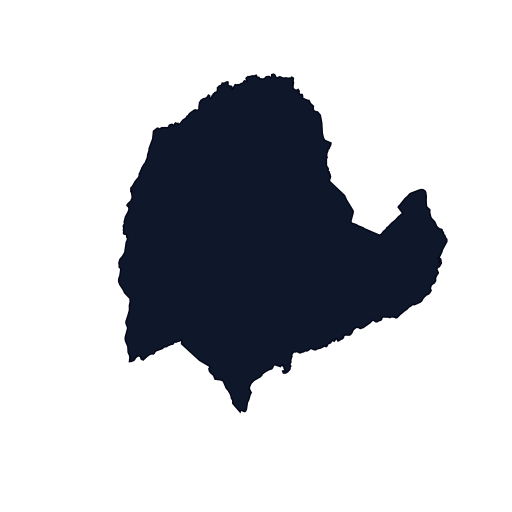 the district of Chiuta, Tete, Mozambique, rotated 39°
{"feature_id": "85939544B4853369515096", "entity_name": "Chiuta", "entity_type": "district", "adm_level": 2, "iso_a3": "MOZ", "parent_name": "Mozambique", "parent_adm1": "Tete", "projection": "equal_earth", "projection_center": [33.513, -15.51], "detail": "fine", "context": "isolated", "style": "filled", "palette": "ink", "viewbox_px": 512, "rotation_deg": 39, "n_neighbors": 0, "source": "geoboundaries", "source_scale": "gbopen_adm2", "svg_char_len": 6142}
<svg xmlns="http://www.w3.org/2000/svg" viewBox="0 0 512 512"><g transform="rotate(39 256 256)"><path d="M152.4,344.4L153.9,347.8L155.7,349.3L156.5,350.7L158.5,350.9L159.3,351.4L162.5,356.7L163.6,359.8L165.0,361.9L166.2,362.8L168.7,364.1L173.9,365.7L177.2,367.3L184.9,368.3L187.1,370.8L188.8,374.2L191.7,377.6L193.6,381.9L196.3,388.9L197.3,390.1L201.6,392.6L205.5,401.3L206.6,402.9L208.5,404.4L213.3,406.9L217.3,411.3L220.3,412.8L221.7,414.0L224.1,417.7L225.4,416.4L226.6,414.3L226.8,413.3L226.5,411.2L226.6,409.3L227.7,407.2L229.5,406.9L231.6,408.3L233.7,407.9L234.5,402.6L235.2,399.7L236.3,397.8L237.9,396.8L238.1,395.5L237.7,393.7L238.1,392.4L241.3,387.1L242.1,383.9L243.4,383.0L244.0,381.0L245.6,378.1L246.8,376.9L246.7,374.2L248.3,373.0L248.8,371.7L249.8,370.6L250.7,368.7L251.5,368.3L253.4,371.1L277.7,372.6L290.1,370.8L290.3,373.2L292.1,374.7L294.2,375.3L298.1,375.4L301.7,377.5L306.3,374.6L308.0,374.0L309.5,373.9L316.0,377.4L318.9,377.9L322.9,379.4L324.9,380.6L326.3,382.0L328.6,382.7L330.8,385.2L341.8,387.2L341.3,386.2L341.7,385.4L342.4,384.8L344.5,384.4L345.3,383.8L345.4,382.6L344.9,381.0L341.5,375.3L340.8,372.3L338.6,367.3L338.3,365.2L334.6,363.6L333.3,361.9L332.3,358.1L332.7,353.9L335.4,346.9L335.5,344.8L335.1,343.9L335.9,340.5L337.4,336.6L339.2,333.8L339.2,332.6L338.5,329.9L338.9,328.7L344.5,326.6L344.2,325.8L344.5,325.0L345.7,324.7L346.3,323.7L348.8,325.8L350.0,325.9L350.4,327.0L349.1,328.7L351.0,329.7L352.7,328.3L353.5,326.1L353.6,322.5L352.5,321.1L352.3,319.6L350.8,319.3L350.4,318.8L349.9,316.5L348.1,314.6L348.0,313.5L347.3,312.4L347.2,311.5L346.2,310.7L345.6,309.1L345.6,307.3L345.9,306.5L346.9,305.9L347.7,304.6L351.3,303.6L352.4,301.5L353.3,300.5L353.9,298.5L354.9,298.1L355.7,297.2L356.5,293.8L357.2,293.1L359.9,292.3L361.3,291.5L361.8,290.5L361.9,289.3L362.5,289.0L364.1,286.9L365.9,282.8L367.6,282.3L367.8,281.3L367.2,279.1L368.6,276.4L368.2,274.3L368.7,273.6L370.4,273.0L370.3,270.8L370.6,269.6L371.6,269.5L372.8,270.5L373.6,270.0L374.4,267.3L375.2,266.0L375.3,264.4L374.6,263.2L374.5,262.2L375.1,261.2L378.4,258.6L378.8,257.7L378.9,255.8L378.0,252.0L378.7,248.6L380.1,247.2L382.8,246.7L383.5,245.3L384.3,244.3L386.7,235.8L386.8,233.0L387.9,231.9L390.3,231.8L391.6,230.9L391.8,229.8L393.5,227.0L393.5,226.3L392.7,224.6L393.2,223.3L397.8,219.8L398.7,219.7L399.7,217.8L402.4,216.2L403.6,216.1L404.4,215.0L404.7,211.2L405.9,205.1L406.8,202.1L406.9,199.1L407.5,198.3L408.3,195.0L409.8,194.1L412.7,188.4L413.0,186.5L412.4,183.5L412.8,179.3L414.0,177.1L414.2,175.2L413.8,172.6L412.1,171.7L411.1,170.0L410.7,168.3L410.7,166.7L411.3,165.6L411.5,164.5L411.2,162.3L409.3,160.0L408.4,156.4L408.5,154.9L408.2,154.3L404.6,152.4L404.4,150.4L405.2,148.9L404.5,144.9L403.2,143.8L402.4,144.7L402.4,145.7L401.8,145.8L401.7,145.3L402.5,143.0L401.4,142.2L400.1,142.1L399.2,143.5L398.5,143.4L398.4,142.8L398.9,141.6L398.9,140.2L397.7,135.5L396.8,133.4L395.2,124.6L393.7,122.9L392.3,122.8L389.5,121.1L388.4,121.3L386.6,119.6L385.6,120.0L384.8,119.5L384.4,118.6L383.1,118.6L381.5,119.5L378.0,119.4L373.4,117.0L369.0,116.4L367.3,115.8L363.7,113.0L361.9,110.6L358.1,110.5L356.8,109.7L352.9,105.4L350.9,102.6L347.8,99.7L346.3,99.1L344.0,99.4L342.7,100.3L341.5,101.8L336.8,109.9L336.4,111.1L336.3,114.4L335.7,117.4L335.8,126.0L335.5,127.7L335.8,128.6L342.0,130.1L343.4,131.2L342.6,132.5L342.6,133.9L342.1,135.3L341.8,140.6L340.8,145.1L340.4,150.4L339.9,151.4L340.3,153.5L339.6,156.8L339.8,160.1L339.3,161.0L339.4,162.0L322.9,166.7L321.6,166.6L316.2,168.4L314.3,168.5L309.5,170.3L308.7,170.1L307.6,168.8L304.3,161.4L303.3,160.0L301.7,159.3L291.2,155.6L286.7,153.3L266.1,151.7L264.9,150.1L264.7,148.9L263.9,147.3L263.3,147.2L262.3,146.0L261.0,145.7L260.1,144.6L258.4,144.8L257.6,143.1L256.9,142.5L254.0,141.6L249.4,136.1L249.3,134.7L247.6,133.5L246.2,131.1L245.6,128.9L244.8,128.1L245.2,126.2L244.6,125.2L244.4,123.3L243.2,121.0L237.2,122.7L235.7,122.6L233.7,121.6L230.1,118.7L223.2,111.1L217.3,106.1L213.3,105.3L210.5,106.7L209.1,106.5L207.2,105.0L206.4,103.5L202.3,103.2L199.3,101.8L198.1,102.6L192.9,104.1L191.5,102.3L190.5,101.6L190.0,101.5L189.2,102.5L188.2,102.8L186.6,102.2L186.0,100.8L184.0,100.0L183.4,101.5L182.9,101.9L181.4,102.5L179.7,102.4L178.1,101.3L177.4,99.7L176.6,99.2L176.3,97.9L174.6,96.6L173.2,94.3L171.2,94.5L170.9,96.5L169.9,96.8L169.6,97.4L167.1,98.8L165.2,100.7L161.7,101.7L160.2,104.5L159.0,104.6L156.6,103.4L155.1,103.7L154.1,105.2L155.1,106.3L155.3,108.4L153.3,108.2L151.7,109.6L151.0,110.8L151.1,113.1L147.7,115.9L146.0,115.3L144.1,116.5L142.8,115.4L142.3,115.4L141.6,117.0L139.9,118.2L137.9,121.0L136.9,121.6L136.4,123.7L136.6,124.4L138.9,125.3L139.2,126.2L137.0,126.9L136.7,127.4L137.0,130.2L135.9,131.3L135.7,132.7L133.2,135.3L132.0,135.9L132.6,139.6L133.0,140.6L132.9,141.1L132.3,141.2L130.7,139.7L130.2,139.6L127.9,140.8L126.7,140.9L125.1,138.7L124.5,138.4L123.6,139.3L122.8,141.4L120.9,143.1L121.4,143.6L121.6,145.1L120.4,147.2L120.5,148.2L120.1,149.4L121.6,151.2L122.4,153.1L121.1,155.0L121.3,156.1L120.9,157.0L121.2,157.5L121.1,159.2L121.8,160.9L121.8,161.6L121.1,162.5L119.0,160.7L117.9,160.8L117.8,161.5L118.3,162.8L118.0,163.2L118.0,164.0L117.7,165.0L116.1,167.1L115.3,169.5L115.6,172.3L118.6,177.1L119.2,177.5L119.4,178.5L119.0,179.4L117.7,180.4L117.0,180.5L116.3,181.4L115.2,185.2L114.7,187.3L115.0,189.6L114.5,190.7L114.8,193.0L113.7,196.3L113.8,201.1L113.0,202.4L112.0,202.0L110.7,203.1L109.8,203.2L109.6,203.9L109.9,204.7L109.8,206.6L108.2,206.4L107.5,206.9L106.3,208.8L106.9,210.8L106.7,211.8L102.1,215.5L100.9,218.5L99.4,218.3L98.8,218.9L97.8,223.5L102.0,229.9L105.3,239.7L106.7,241.7L107.9,245.0L109.7,247.9L111.4,253.7L111.3,255.7L112.0,259.9L112.6,260.8L112.6,261.7L113.5,264.4L113.5,265.5L114.2,266.1L115.3,268.6L115.2,274.1L116.2,280.0L115.9,281.1L116.2,282.2L118.1,284.6L118.8,283.8L119.3,285.0L121.9,287.2L123.5,289.3L123.7,290.9L124.2,291.6L123.6,295.5L123.7,297.6L124.2,298.1L125.5,297.8L127.7,299.2L128.9,302.1L129.9,307.6L132.2,312.6L133.5,313.5L133.9,316.1L135.8,317.8L136.7,319.4L137.6,319.9L138.7,321.7L139.6,322.0L141.8,320.7L143.8,322.8L144.8,322.6L146.1,325.0L146.6,327.1L151.8,335.8L152.5,340.5L152.4,344.4Z" fill="#0f172a" stroke="#020617" stroke-width="1.5"/></g></svg>